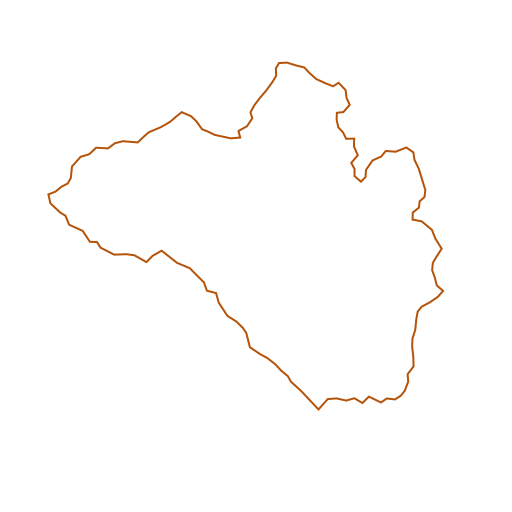 the district of Piquete, São Paulo, Brazil, rotated 253°
{"feature_id": "56859067B52482301605957", "entity_name": "Piquete", "entity_type": "district", "adm_level": 2, "iso_a3": "BRA", "parent_name": "Brazil", "parent_adm1": "São Paulo", "projection": "orthographic", "projection_center": [-45.168, -22.578], "detail": "fine", "context": "isolated", "style": "outline", "palette": "amber", "viewbox_px": 512, "rotation_deg": 253, "n_neighbors": 0, "source": "geoboundaries", "source_scale": "gbopen_adm2", "svg_char_len": 1918}
<svg xmlns="http://www.w3.org/2000/svg" viewBox="0 0 512 512"><g transform="rotate(253 256 256)"><path d="M79.4,332.7L81.5,339.4L78.2,347.0L80.1,353.7L83.7,358.9L91.4,364.9L98.6,366.4L104.4,374.4L112.9,376.8L123.9,378.9L131.3,381.5L138.8,386.7L148.9,390.9L155.6,394.4L159.1,399.6L160.9,408.8L163.8,418.0L167.9,424.7L175.0,420.3L183.5,420.7L190.9,420.3L197.7,423.1L202.3,428.1L208.7,435.7L220.3,432.6L229.5,431.9L235.3,428.1L240.7,424.6L245.0,416.4L251.7,418.6L254.6,425.9L260.5,428.5L263.1,434.3L269.5,437.2L280.0,437.2L291.6,437.2L301.7,435.7L309.1,436.8L315.8,431.5L314.9,420.0L318.5,410.8L314.5,404.8L313.3,395.4L306.2,386.4L299.4,383.8L296.4,378.1L303.6,373.6L310.4,375.7L317.2,374.3L322.6,382.8L332.1,381.7L339.5,384.2L341.8,376.5L348.6,375.4L355.1,372.3L362.9,373.0L369.3,375.2L368.1,381.7L373.2,389.8L380.7,388.8L388.5,390.2L397.5,385.6L395.8,379.3L400.5,373.4L407.6,365.3L416.0,360.3L422.2,357.3L426.6,349.9L431.9,342.1L433.8,334.4L429.5,329.8L422.5,328.0L417.5,322.5L411.5,314.5L405.6,305.3L400.5,298.3L395.0,292.7L388.8,292.7L382.7,285.3L380.7,275.8L373.9,275.5L375.9,266.3L380.1,258.7L384.0,251.8L389.0,246.4L393.0,241.5L402.4,238.3L408.6,234.8L415.3,227.0L412.2,219.3L409.5,213.4L407.0,202.5L405.7,189.8L403.1,183.9L399.2,176.1L404.7,162.2L405.1,154.1L402.2,145.9L406.3,134.8L402.1,126.3L402.1,117.2L395.4,106.2L384.7,101.7L380.4,97.2L379.1,90.1L376.2,83.1L375.6,75.5L366.5,74.8L354.7,81.5L350.2,85.6L340.6,86.4L330.7,97.6L318.2,101.3L315.8,108.0L309.4,109.8L298.8,120.7L295.5,132.9L292.2,140.0L282.2,149.4L286.4,157.2L288.7,167.3L272.5,178.5L263.7,189.1L245.9,198.5L237.2,198.9L232.2,207.0L222.3,206.7L207.0,211.2L199.3,217.9L191.1,222.4L185.3,224.2L170.5,223.5L161.0,231.2L155.2,236.9L146.8,242.8L138.7,246.7L131.9,251.3L125.5,252.7L113.3,259.9L103.8,264.6L91.0,270.9L98.2,282.8L96.3,291.3L91.4,300.0L91.2,308.5L84.3,314.8L88.5,322.8L79.4,332.7Z" fill="none" stroke="#b45309" stroke-width="2"/></g></svg>